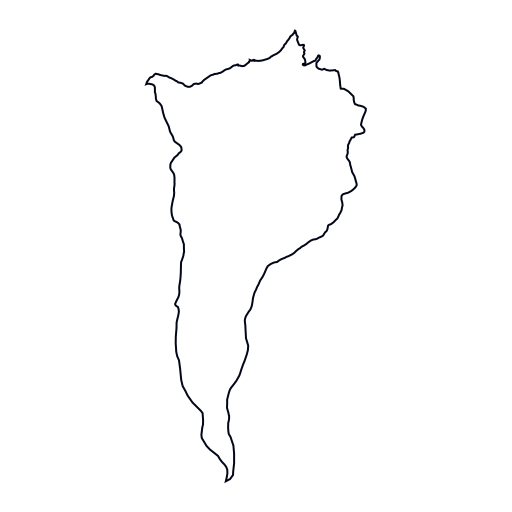 the district of Nariño, Nariño, Colombia
{"feature_id": "7082276B37445492905123", "entity_name": "Nariño", "entity_type": "district", "adm_level": 2, "iso_a3": "COL", "parent_name": "Colombia", "parent_adm1": "Nariño", "projection": "mercator", "projection_center": [-77.354, 1.269], "detail": "fine", "context": "isolated", "style": "outline", "palette": "ink", "viewbox_px": 512, "rotation_deg": 0, "n_neighbors": 0, "source": "geoboundaries", "source_scale": "gbopen_adm2", "svg_char_len": 5889}
<svg xmlns="http://www.w3.org/2000/svg" viewBox="0 0 512 512"><path d="M225.8,481.3L230.1,479.0L233.0,475.0L233.2,471.4L234.1,463.3L234.1,453.5L233.4,445.6L230.5,436.9L228.8,434.1L228.4,431.6L228.1,427.9L228.2,424.7L228.2,423.0L228.8,420.7L229.1,418.7L229.1,415.6L228.8,415.0L228.4,412.8L227.0,407.9L227.2,402.3L227.1,399.8L228.9,392.6L230.1,389.2L231.2,387.6L234.1,383.9L236.5,380.6L239.3,375.6L240.3,372.9L241.1,370.1L243.1,364.5L244.5,361.1L246.7,354.7L247.9,350.1L248.2,345.6L246.0,338.3L245.3,325.1L244.8,321.0L245.0,319.0L245.9,316.2L248.5,312.0L250.5,309.3L251.7,306.2L252.2,303.9L253.1,297.6L254.5,292.7L256.0,289.7L257.2,286.8L258.4,284.7L260.1,280.6L262.3,277.3L264.0,274.2L266.4,268.6L267.7,266.2L270.4,264.2L273.7,262.6L277.3,261.9L278.8,260.6L281.5,259.1L284.9,257.8L286.2,257.0L289.2,255.9L290.4,255.1L291.9,254.5L294.3,252.8L295.9,251.2L298.5,249.0L300.0,248.2L300.8,247.4L302.3,246.3L303.7,245.7L306.9,243.6L307.5,242.9L310.9,240.5L313.4,239.5L315.7,239.2L316.9,238.8L319.2,237.5L320.4,237.1L322.5,236.0L323.2,235.4L325.1,232.3L326.1,231.5L326.8,230.7L327.4,229.2L328.1,225.6L328.7,225.0L329.5,224.6L330.6,224.4L333.4,222.4L336.2,219.5L337.4,218.5L338.7,215.7L339.3,214.3L340.3,212.9L340.7,211.9L341.2,211.0L341.6,209.8L342.2,206.6L342.6,205.3L342.2,202.3L341.5,199.9L341.4,199.2L341.5,196.1L342.2,195.0L343.1,194.2L345.5,193.4L348.0,192.8L351.3,191.0L353.3,189.4L355.1,187.7L355.3,187.2L355.8,186.8L356.3,186.0L356.6,185.3L356.7,184.2L356.0,181.5L355.5,180.1L355.5,179.6L355.2,178.7L354.4,176.1L352.2,172.2L350.7,166.3L350.2,165.1L350.2,164.4L349.8,162.2L349.6,162.0L349.3,161.2L347.4,158.7L346.6,157.1L346.7,156.1L347.7,153.3L347.8,151.7L347.5,150.2L348.1,147.8L347.9,145.9L348.2,144.7L349.1,143.1L349.5,141.5L350.0,140.8L351.7,137.5L353.3,137.4L354.2,136.9L355.1,134.7L356.7,134.5L360.6,133.7L362.7,133.0L363.9,132.4L364.4,131.5L364.4,129.8L363.4,128.1L361.8,126.4L361.0,124.8L361.4,122.7L362.2,119.7L363.1,117.0L365.5,111.5L365.8,110.0L365.8,108.6L363.5,106.8L360.8,105.9L358.1,105.4L356.5,104.6L355.1,104.2L354.3,102.6L353.7,99.8L353.7,98.0L353.4,96.3L348.5,91.5L346.9,90.5L343.9,88.8L340.8,88.7L340.7,88.6L340.1,84.5L339.9,80.9L339.7,79.9L339.7,79.2L339.5,77.8L338.5,73.7L338.4,72.8L337.8,71.4L336.2,71.1L335.2,70.1L334.3,70.2L329.8,70.6L326.5,70.0L324.3,68.8L323.9,68.9L322.5,69.6L321.6,69.6L318.5,68.6L317.0,67.3L316.4,66.2L316.4,63.4L316.5,62.8L319.5,59.3L319.8,58.0L319.9,56.6L319.8,56.1L319.5,55.7L318.8,55.4L318.2,55.6L317.7,56.9L315.9,59.4L315.5,60.4L315.2,60.7L313.7,61.1L309.1,63.6L306.7,64.5L305.4,65.3L304.0,65.4L303.5,65.2L302.9,64.8L302.8,64.5L302.9,64.0L304.7,63.5L305.3,62.9L305.4,62.1L305.0,59.7L304.8,59.2L303.1,56.8L303.0,56.5L303.0,56.1L303.2,55.7L303.8,54.6L304.2,54.1L304.4,53.6L304.0,52.4L304.1,51.7L304.7,50.5L304.6,50.2L303.6,48.6L303.2,47.8L303.4,47.2L303.9,46.0L304.0,45.2L303.8,44.9L303.2,44.8L300.3,45.3L299.3,45.0L298.9,44.5L297.1,39.9L297.1,39.2L297.8,36.7L297.6,36.4L296.7,35.6L295.4,31.0L295.0,30.7L294.3,32.3L294.3,32.9L293.3,33.6L292.6,34.8L291.6,35.4L290.3,36.5L289.6,38.0L288.4,39.7L287.1,41.2L286.1,43.0L285.7,43.6L284.3,44.8L283.7,46.7L283.4,47.1L282.4,48.2L280.8,50.4L279.0,52.1L277.3,53.3L276.2,54.0L274.8,54.6L272.6,55.7L272.2,56.1L271.3,56.4L269.5,58.0L268.9,58.3L267.6,58.9L262.5,60.4L259.2,60.9L256.6,60.8L255.8,60.6L254.2,60.9L254.0,60.6L254.3,60.0L253.9,59.8L252.5,60.3L252.2,60.7L251.9,60.8L249.9,60.0L250.0,60.4L249.9,60.6L249.6,61.2L249.0,61.6L249.0,62.2L247.1,63.6L245.9,64.7L244.8,65.4L244.6,65.7L244.2,65.9L242.3,66.1L241.5,66.1L240.2,65.6L239.4,65.5L238.5,65.6L238.2,65.5L238.2,65.1L238.0,64.5L237.8,64.5L237.1,64.6L235.9,65.2L234.5,65.4L233.7,65.6L232.9,66.0L230.0,68.2L228.3,68.9L226.8,69.2L225.7,69.6L224.3,70.4L222.7,71.6L220.5,72.8L219.9,73.0L218.7,73.1L217.7,73.6L217.3,73.7L215.3,74.0L214.6,73.9L213.2,74.7L212.0,74.9L210.6,75.4L204.0,80.0L202.2,81.8L201.9,82.5L198.9,83.8L197.8,84.0L196.4,83.6L195.1,83.7L193.7,84.1L191.9,85.8L189.9,86.8L187.8,86.8L185.0,85.7L183.0,83.7L182.4,83.4L180.3,82.7L178.4,82.5L176.5,81.0L176.1,81.0L173.7,79.5L171.5,78.3L169.1,77.4L167.1,76.1L166.0,75.8L164.6,75.9L161.0,75.2L159.6,74.8L158.4,74.2L156.8,74.1L155.9,73.7L155.2,74.0L154.3,74.6L153.7,75.6L152.4,76.7L151.9,77.0L151.0,77.1L150.4,77.4L149.2,78.6L148.8,79.4L147.1,81.7L146.2,84.2L147.3,83.8L148.3,83.7L149.4,83.8L151.9,84.3L153.0,84.7L153.8,85.3L154.5,86.3L154.8,87.1L154.9,88.2L154.9,92.2L155.5,93.9L155.8,96.6L155.9,98.7L156.4,100.4L156.6,101.0L159.2,102.9L160.4,104.3L161.3,105.6L161.7,106.4L163.2,113.1L164.5,117.6L168.7,126.3L170.0,131.4L170.6,132.7L172.4,135.7L173.1,137.3L173.8,140.1L174.5,141.3L175.1,141.9L179.5,145.0L180.6,146.3L181.2,147.0L181.6,149.5L181.6,150.4L181.3,151.0L180.5,152.0L178.8,153.3L177.8,154.7L177.1,155.4L174.4,157.6L170.9,162.9L170.4,164.4L170.3,165.9L170.3,167.6L170.7,169.2L173.5,173.2L174.2,174.9L174.5,177.8L174.5,181.5L174.4,182.3L174.6,183.6L174.3,186.7L174.0,188.4L174.0,190.6L174.2,192.4L174.0,195.7L172.6,201.4L171.7,206.4L171.4,208.7L171.5,212.0L171.9,215.1L172.3,216.5L173.1,218.6L173.6,220.3L174.4,221.0L177.3,222.4L178.3,223.2L179.5,224.5L179.6,225.7L180.8,230.3L180.4,234.7L180.8,236.1L181.7,237.6L182.4,239.5L182.8,241.1L183.9,244.3L183.9,247.7L184.1,252.0L183.7,253.3L183.4,255.6L181.9,260.2L181.2,261.7L181.0,263.7L180.8,272.8L180.5,277.6L180.1,281.2L179.3,286.2L179.2,288.2L179.4,291.5L179.3,293.3L179.0,295.2L178.3,297.3L176.1,301.6L175.2,303.7L175.2,304.6L175.8,305.6L178.0,307.1L178.6,309.2L178.9,311.6L178.2,315.8L177.4,318.8L176.6,322.6L176.5,328.1L175.8,336.7L175.7,343.3L176.1,349.3L176.2,351.6L177.2,356.2L179.0,360.3L180.1,368.5L181.2,379.9L182.7,386.2L185.3,390.8L187.7,395.7L192.5,402.5L201.0,411.0L202.6,413.2L203.1,420.1L203.0,424.6L202.3,427.4L201.4,434.9L201.8,438.1L206.6,446.0L209.9,449.5L218.0,455.9L219.9,459.2L222.1,462.1L224.4,464.4L226.3,467.1L227.3,469.8L227.4,473.5L226.8,477.0L225.8,481.3Z" fill="none" stroke="#020617" stroke-width="2"/></svg>